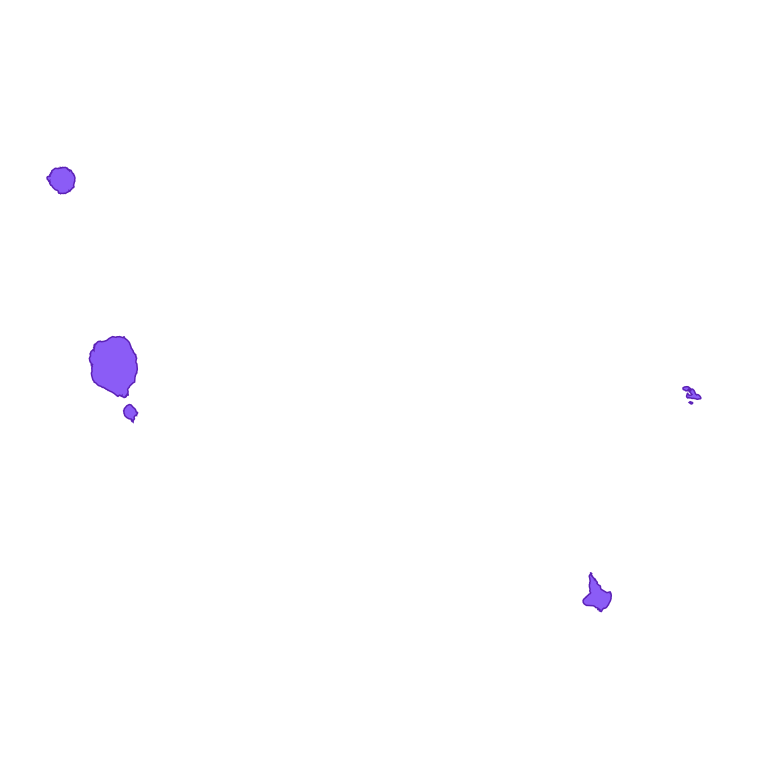 Kota Ternate, Maluku Utara, Indonesia (Robinson projection), rotated 174°
{"feature_id": "22746128B36781349389855", "entity_name": "Kota Ternate", "entity_type": "district", "adm_level": 2, "iso_a3": "IDN", "parent_name": "Indonesia", "parent_adm1": "Maluku Utara", "projection": "robinson", "projection_center": [127.204, 0.893], "detail": "fine", "context": "isolated", "style": "filled", "palette": "violet", "viewbox_px": 768, "rotation_deg": 174, "n_neighbors": 0, "source": "geoboundaries", "source_scale": "gbopen_adm2", "svg_char_len": 6053}
<svg xmlns="http://www.w3.org/2000/svg" viewBox="0 0 768 768"><g transform="rotate(174 384 384)"><path d="M644.1,398.0L643.9,397.7L643.7,397.7L643.4,398.0L642.6,397.9L642.3,398.7L641.6,398.5L641.4,399.0L641.5,399.6L641.0,399.9L640.5,400.6L640.2,399.7L639.6,399.7L639.5,400.8L640.0,401.5L639.5,402.2L639.3,403.2L639.6,405.2L639.4,405.6L638.9,406.4L637.7,407.4L637.3,408.3L636.9,408.7L633.4,411.4L631.8,412.0L630.9,417.1L630.6,417.5L630.5,418.3L629.8,419.3L629.8,419.6L629.3,420.5L628.6,420.9L628.8,421.8L628.3,422.8L627.8,424.5L627.7,429.7L628.0,430.5L628.4,431.0L628.5,431.8L628.0,433.8L627.3,435.6L627.8,436.2L628.0,437.2L627.7,437.4L628.0,438.6L627.9,439.1L628.7,439.5L628.8,440.4L629.9,441.5L629.9,442.9L630.5,443.9L630.7,444.8L631.7,446.0L631.6,447.0L632.0,447.8L632.1,449.0L632.6,450.1L632.6,450.9L633.5,452.8L635.0,454.7L636.9,456.5L637.1,457.0L637.9,457.5L637.7,458.1L637.8,458.1L638.0,457.5L638.5,457.3L642.1,458.8L642.7,458.6L643.4,458.8L645.0,458.8L645.5,458.4L649.0,459.5L652.7,458.0L654.7,456.6L655.7,456.2L657.9,455.7L660.2,455.6L660.9,455.7L661.8,456.3L662.2,456.0L663.2,456.2L664.4,455.8L665.2,455.0L665.8,454.7L666.0,454.5L666.0,454.2L666.3,453.9L666.8,453.6L667.1,453.9L667.3,453.8L666.8,453.6L667.7,452.7L667.8,452.8L668.0,452.4L667.9,452.4L667.8,452.0L667.9,451.8L668.1,452.1L668.3,451.7L668.1,451.8L667.9,451.7L668.1,451.3L668.3,451.5L668.3,451.1L668.3,451.3L668.1,451.2L668.1,450.8L668.4,450.7L668.4,450.1L668.7,450.0L668.4,449.6L668.8,449.0L668.9,448.1L669.1,448.5L669.3,448.2L669.5,448.6L669.8,448.6L670.0,448.2L671.6,447.2L672.1,446.7L672.7,444.9L673.0,445.0L672.8,445.6L673.2,444.5L672.9,444.0L673.1,442.4L673.5,442.4L673.1,442.3L673.3,441.9L673.7,441.6L674.4,440.0L674.3,439.8L674.0,439.8L674.3,439.7L674.1,438.1L673.7,438.2L674.2,438.0L674.1,437.5L673.9,436.8L673.7,436.9L672.9,434.5L672.1,434.2L672.1,433.8L672.8,433.6L672.5,433.3L672.6,433.2L672.4,433.2L672.6,433.0L672.4,432.2L672.6,431.9L672.4,431.7L672.8,431.3L672.8,430.4L673.0,430.1L672.9,429.3L673.0,429.0L673.1,426.9L673.7,425.9L673.9,425.1L673.8,423.0L673.1,418.6L672.1,417.0L672.1,416.2L671.8,415.9L671.3,415.8L670.5,415.2L668.8,413.0L667.7,412.1L665.7,411.3L664.5,410.1L663.2,410.0L662.5,409.1L661.6,408.8L660.9,407.8L660.5,407.7L659.8,407.4L659.1,406.5L658.8,406.6L656.8,405.2L656.0,404.9L653.4,402.9L650.4,399.8L650.0,399.6L649.7,400.0L649.3,399.8L648.4,400.5L647.7,400.4L647.5,400.0L646.4,399.3L645.8,399.9L645.8,399.0L644.1,398.0ZM681.2,606.8L680.1,607.2L679.4,607.7L678.5,607.8L677.2,608.7L677.1,609.0L676.8,608.8L676.8,609.2L676.3,608.8L675.8,608.9L675.1,610.0L674.2,610.5L673.5,611.4L673.2,611.7L672.4,611.7L671.8,612.3L671.7,613.0L672.0,613.3L671.8,614.6L670.6,617.8L670.3,618.0L670.2,619.9L669.8,621.1L670.2,623.5L670.6,623.8L670.5,624.2L670.8,625.3L671.2,625.8L671.4,625.7L672.0,626.7L672.9,629.1L673.9,629.6L673.9,629.3L674.1,629.3L674.5,629.6L674.5,629.3L674.2,628.8L674.3,628.7L674.6,629.3L675.2,629.8L674.9,630.1L675.5,630.4L676.2,631.4L676.4,631.0L677.2,632.1L678.1,632.7L680.8,632.8L680.9,633.0L681.4,632.8L681.9,632.9L682.9,632.7L683.0,632.8L683.0,632.6L683.5,632.8L683.9,632.5L685.2,632.6L685.5,632.3L688.4,632.9L692.0,630.8L692.3,630.2L692.3,629.2L693.5,628.6L693.5,628.3L693.2,628.1L693.3,627.8L694.3,627.5L694.4,627.8L694.3,627.5L694.5,627.0L694.4,626.4L694.5,626.2L694.2,625.8L694.5,625.5L695.3,625.4L695.7,625.6L697.0,625.3L697.3,625.0L697.6,624.3L697.4,622.7L696.4,621.6L696.2,620.7L695.5,621.0L695.7,620.6L695.6,620.2L695.1,620.1L695.0,619.4L695.3,619.1L695.5,618.6L694.6,616.5L694.2,616.5L693.8,616.1L694.1,615.7L693.8,616.0L693.6,615.8L692.7,614.1L690.6,611.6L688.4,610.6L687.7,609.5L687.6,608.8L687.8,608.7L687.5,607.8L686.2,607.5L685.9,607.1L685.5,607.4L682.7,607.0L682.2,607.2L681.2,606.8ZM193.9,137.7L193.3,137.5L192.8,136.7L193.0,136.5L193.6,136.4L193.6,136.0L191.8,135.0L191.1,135.6L190.6,136.6L189.6,137.5L188.6,138.1L188.0,137.8L186.4,138.4L185.4,139.3L184.6,140.4L183.8,141.0L183.8,141.4L181.5,144.8L180.6,147.0L180.5,148.3L180.1,149.5L180.1,150.8L180.6,151.7L180.2,151.7L180.2,151.9L180.8,153.6L181.7,153.6L182.2,153.4L184.2,153.2L189.6,157.2L190.0,158.9L189.9,160.2L190.4,161.0L191.2,161.3L193.0,163.3L192.6,164.3L192.7,164.7L193.8,166.2L194.3,167.8L194.5,167.8L194.8,167.2L195.1,167.3L194.9,168.2L196.4,169.9L196.9,171.3L197.4,171.3L197.5,171.7L197.8,171.9L197.9,172.7L197.2,173.5L197.8,174.4L198.2,174.5L198.2,173.9L199.8,171.9L200.0,171.2L199.7,169.3L199.6,166.1L200.2,164.9L200.2,163.9L200.7,163.2L200.9,160.8L200.5,158.3L201.0,156.8L200.8,155.6L200.3,154.7L201.0,153.9L202.3,153.4L202.8,152.8L204.3,151.8L205.2,150.8L205.7,150.9L206.6,149.9L208.0,149.0L208.1,148.5L208.6,148.0L208.7,146.0L207.9,144.4L205.9,142.7L198.9,141.6L197.3,140.4L196.9,139.6L195.0,139.0L194.6,138.5L195.0,137.6L194.9,137.4L193.9,137.7ZM638.4,373.0L637.9,372.8L637.8,373.1L637.7,372.9L637.5,373.2L637.4,373.0L637.2,374.3L636.6,374.5L635.9,375.3L635.8,375.7L636.1,376.4L635.7,377.7L634.3,378.8L633.8,378.9L633.4,378.6L633.2,379.8L632.4,380.2L632.1,381.4L632.6,381.8L633.1,381.9L633.4,382.2L633.6,383.8L634.2,385.2L636.4,387.6L636.8,388.4L637.3,388.8L637.7,389.6L639.5,390.2L642.1,389.2L644.0,387.3L644.5,387.0L645.1,386.0L645.1,385.3L645.8,384.5L645.5,383.3L645.7,382.2L645.4,381.8L645.2,380.1L644.8,379.2L643.3,377.5L641.3,376.1L638.9,375.4L638.5,374.7L639.0,374.3L638.9,373.7L638.4,373.0ZM74.3,336.1L73.5,336.0L72.9,336.2L70.7,336.3L70.4,336.7L70.4,337.5L71.4,339.4L72.7,340.5L73.8,340.8L74.2,340.5L75.1,341.4L76.3,345.0L77.4,346.4L77.8,346.7L78.9,346.6L81.6,349.3L83.0,349.7L85.6,349.6L87.1,348.8L87.1,347.7L86.8,347.1L85.7,346.7L84.4,345.6L83.2,345.7L81.6,345.2L81.3,345.5L81.4,345.8L82.2,346.2L82.2,346.5L81.7,346.9L81.5,346.4L80.9,346.5L80.6,345.9L79.6,345.5L79.7,345.2L80.7,344.9L80.8,344.2L78.8,341.4L79.6,340.9L81.0,340.8L82.3,341.5L82.9,343.0L83.3,342.8L84.4,340.3L84.2,339.3L83.5,338.4L82.9,338.4L82.6,338.7L82.3,338.7L81.6,338.2L80.5,338.1L79.1,337.4L78.2,337.5L75.6,336.8L74.3,336.1ZM80.2,332.0L79.6,332.2L79.0,332.8L79.1,333.3L81.4,334.4L82.5,333.7L80.7,332.1L80.2,332.0Z" fill="#8b5cf6" stroke="#5b21b6" stroke-width="1.5"/></g></svg>